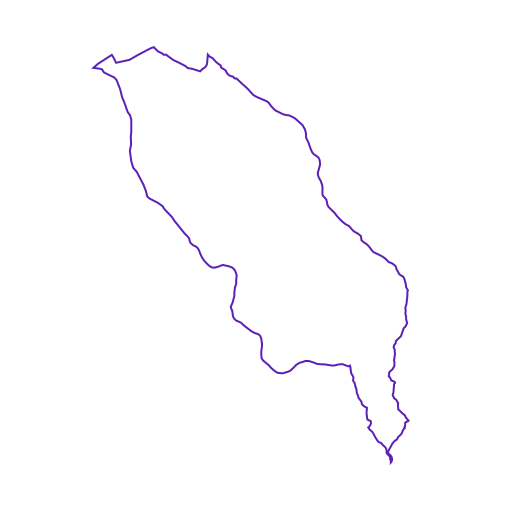 Eftimie Murgu, Caras-Severin, Romania, rotated 356°
{"feature_id": "2599482B78671432327822", "entity_name": "Eftimie Murgu", "entity_type": "district", "adm_level": 2, "iso_a3": "ROU", "parent_name": "Romania", "parent_adm1": "Caras-Severin", "projection": "albers", "projection_center": [22.178, 44.83], "detail": "fine", "context": "isolated", "style": "outline", "palette": "violet", "viewbox_px": 512, "rotation_deg": 356, "n_neighbors": 0, "source": "geoboundaries", "source_scale": "gbopen_adm2", "svg_char_len": 6088}
<svg xmlns="http://www.w3.org/2000/svg" viewBox="0 0 512 512"><g transform="rotate(356 256 256)"><path d="M215.9,65.5L213.2,67.9L205.1,64.7L201.1,63.8L198.7,61.5L193.0,58.0L187.1,54.7L180.3,48.9L177.9,48.8L176.8,47.6L172.5,45.0L169.6,41.8L168.8,40.6L166.3,41.1L161.8,43.0L152.5,47.1L143.4,51.5L129.9,53.5L127.8,48.3L126.2,45.3L111.7,53.3L106.9,57.0L114.2,58.5L115.5,59.2L117.1,62.3L127.0,68.0L129.1,70.5L132.1,80.1L133.6,88.6L134.9,92.2L136.0,95.9L137.0,99.6L138.0,103.3L140.2,107.0L141.1,111.4L140.2,123.8L139.4,128.4L139.2,135.9L137.5,142.3L138.2,152.8L139.7,159.5L142.9,163.7L148.7,177.0L150.8,183.9L151.7,189.1L153.9,191.3L161.8,196.1L166.2,199.7L168.1,203.1L174.9,211.3L176.8,214.8L186.1,228.2L189.6,232.3L190.6,234.1L190.7,235.3L191.0,236.5L191.3,237.6L191.8,238.7L194.2,241.0L195.4,241.6L196.5,242.3L197.5,243.1L198.4,244.1L199.6,246.4L200.2,248.8L201.0,251.0L201.9,253.3L203.0,255.4L204.1,257.2L205.4,258.9L206.8,260.5L208.2,262.1L209.0,262.8L211.2,264.3L213.9,264.8L218.0,263.9L222.1,262.6L227.8,264.2L231.2,265.7L233.1,267.5L234.1,269.1L235.4,273.7L234.4,279.8L234.4,282.1L232.8,285.9L231.7,292.0L231.7,294.1L229.6,300.4L227.3,304.9L227.5,306.0L227.7,307.1L228.1,308.1L228.5,309.1L228.8,314.2L229.5,316.4L231.4,318.8L236.3,321.4L238.8,324.2L246.1,330.7L247.7,331.7L249.3,332.7L251.0,333.4L252.8,334.1L254.4,335.7L255.2,337.6L255.3,337.8L255.7,340.9L255.8,343.9L255.8,345.7L254.6,351.8L254.5,352.8L254.4,355.7L254.5,358.6L255.9,360.9L261.4,366.1L262.7,368.0L263.5,368.9L265.3,370.8L266.4,371.8L269.3,374.0L274.2,374.9L279.8,373.7L282.3,372.8L285.6,370.1L288.8,367.2L292.3,365.5L295.1,365.0L297.8,364.2L301.2,364.4L305.4,366.0L309.4,367.9L313.6,368.6L316.9,368.9L324.3,370.6L326.5,370.7L328.5,370.3L330.6,370.0L332.7,369.9L334.7,369.9L340.7,372.6L342.1,371.9L342.2,372.8L342.5,373.7L342.4,375.8L342.6,376.4L342.6,376.9L342.7,378.2L342.8,379.4L343.8,381.8L344.3,382.6L344.5,383.5L344.7,384.1L344.7,384.7L344.5,385.4L344.2,386.2L344.2,387.2L345.4,389.2L345.7,390.6L346.2,393.4L346.2,393.8L346.4,394.0L347.0,396.4L346.9,398.0L347.0,399.5L347.4,400.8L348.2,402.8L348.2,404.3L349.1,405.7L351.0,408.7L351.3,411.1L352.8,413.0L354.3,414.1L356.1,415.2L355.4,419.4L355.3,421.6L355.5,423.7L355.4,425.0L355.8,426.5L355.8,427.0L357.0,427.7L358.8,428.5L359.1,430.5L358.9,431.3L358.3,432.5L357.3,433.9L356.0,434.9L356.6,435.6L357.2,437.1L358.3,438.0L359.7,439.5L360.7,441.3L362.1,444.6L364.6,449.3L365.4,450.1L366.4,450.7L367.6,451.2L368.1,451.5L368.4,452.3L369.0,453.0L371.5,455.7L372.3,457.1L372.6,458.6L372.7,461.5L372.7,462.0L373.7,463.1L374.3,464.1L375.1,464.8L375.5,465.6L375.7,466.3L375.6,467.2L375.7,468.2L376.1,469.2L376.2,470.1L376.1,471.4L376.7,470.8L377.2,469.7L377.6,468.5L377.5,467.3L377.2,465.9L376.2,464.1L375.8,463.6L374.8,462.8L373.8,461.6L373.8,461.3L374.3,460.2L375.3,458.3L377.4,455.1L378.7,453.0L379.6,451.9L381.7,450.0L382.2,449.6L383.3,449.2L383.9,448.8L384.8,447.0L385.3,446.4L385.9,445.9L387.7,444.5L388.8,443.4L389.7,441.5L390.7,439.8L391.4,438.8L392.4,438.1L392.3,437.8L392.0,437.2L392.1,436.9L392.7,436.4L392.8,435.9L393.0,435.0L393.1,433.1L393.3,432.6L393.5,432.4L394.1,432.3L394.6,431.8L395.7,431.6L396.3,431.3L396.7,431.0L394.8,428.3L394.2,427.7L393.5,425.5L393.2,425.1L391.2,423.3L387.1,418.7L387.3,418.5L387.3,417.9L387.1,414.8L387.2,414.2L387.5,413.3L387.6,412.7L387.2,412.2L386.5,410.6L386.0,409.5L385.9,409.2L385.0,408.4L383.9,407.7L383.5,406.3L382.8,405.0L382.7,404.4L382.8,403.7L383.5,402.0L383.8,400.3L384.2,397.9L384.2,397.1L384.6,395.6L384.6,394.5L384.6,394.1L384.9,393.3L385.7,392.5L385.9,392.2L385.7,391.5L385.2,391.0L384.4,390.5L382.9,389.9L382.4,389.5L382.2,389.3L381.2,386.5L381.0,386.3L380.3,385.7L380.1,385.5L380.1,385.3L380.1,384.8L380.5,383.9L380.5,383.4L380.5,382.4L380.7,381.6L381.1,381.0L381.6,380.6L384.5,378.3L384.9,377.5L386.2,375.7L386.4,375.2L386.4,374.1L386.7,372.0L386.7,371.3L386.4,369.8L386.4,369.2L387.0,367.9L387.1,366.2L387.3,365.5L387.7,364.7L387.8,363.6L387.7,361.2L387.8,359.3L387.7,358.7L387.2,357.6L387.0,356.7L387.0,356.3L387.1,355.9L387.6,354.5L388.6,353.4L389.2,352.6L389.4,352.1L389.5,351.0L389.7,350.6L390.4,349.9L393.7,347.2L395.1,345.9L395.6,344.8L396.6,342.3L398.2,338.6L398.6,338.1L399.6,337.3L400.4,336.4L401.2,335.0L402.1,333.5L401.5,330.3L401.3,329.2L401.4,328.1L401.6,326.7L401.4,326.3L401.1,325.2L401.1,323.1L401.2,322.5L401.5,321.2L401.5,319.8L401.3,318.7L401.3,318.3L402.0,316.4L402.1,315.9L402.8,314.3L402.9,313.2L403.4,311.4L403.4,310.1L404.0,308.0L404.1,306.7L404.4,304.2L404.4,303.1L405.1,300.9L405.0,300.5L403.8,298.2L403.6,297.4L403.5,295.3L403.3,293.6L402.8,291.2L402.7,290.1L402.3,289.1L401.8,288.0L401.4,286.8L400.3,286.2L399.3,285.5L398.3,284.7L397.5,283.8L396.5,281.4L395.3,279.1L394.6,276.0L393.8,275.1L392.6,273.9L391.1,272.8L389.6,272.0L388.0,271.4L386.7,269.8L385.4,268.2L383.9,266.8L382.3,265.5L378.1,262.9L373.7,260.5L372.1,258.7L370.0,255.3L367.5,252.1L366.1,251.1L364.7,250.0L363.5,248.9L362.3,247.6L362.3,246.5L362.2,245.4L362.1,244.2L361.8,243.1L359.0,240.6L357.3,239.6L355.6,238.4L354.2,237.0L350.7,232.4L348.9,231.4L347.3,230.3L345.9,229.0L344.3,227.5L342.5,225.5L340.8,223.4L339.2,221.3L337.8,219.0L332.0,212.4L331.6,211.7L331.1,210.7L330.8,209.7L330.1,204.6L326.8,200.3L326.6,198.3L326.8,196.2L327.0,194.2L327.1,192.2L327.0,190.1L325.9,185.9L324.1,182.1L323.5,179.7L323.4,177.5L326.3,169.3L326.3,167.8L326.3,166.3L326.1,164.9L325.8,163.4L324.7,161.6L321.2,158.9L320.6,158.3L319.7,157.1L319.0,155.8L318.1,153.3L316.0,145.7L315.0,143.5L314.2,141.2L314.4,137.2L313.7,133.2L311.5,128.6L304.7,121.6L304.0,121.1L301.4,119.4L298.7,118.0L296.9,117.7L295.2,117.3L293.5,116.7L291.9,115.9L285.5,112.1L283.8,110.3L282.2,108.3L280.7,106.3L279.5,104.1L277.4,102.3L268.2,97.6L264.6,95.3L259.0,88.2L254.4,83.5L248.9,77.5L248.0,77.6L247.5,77.5L246.4,76.8L245.9,75.6L245.4,75.4L243.8,75.0L241.8,73.9L240.8,72.8L240.0,72.1L239.7,71.1L239.2,70.4L239.2,69.7L238.9,69.1L237.6,68.0L236.4,66.9L234.9,66.1L234.1,64.8L234.1,63.6L231.1,61.0L229.2,59.1L226.5,55.6L223.6,53.8L222.0,51.7L220.6,60.6L219.8,62.6L219.0,63.5L218.1,64.3L217.1,65.0L215.9,65.5Z" fill="none" stroke="#5b21b6" stroke-width="2"/></g></svg>